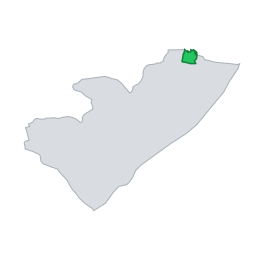 Glaro, River Gee, Liberia (highlighted), rotated 278°
{"feature_id": "62588387B27164468507335", "entity_name": "Glaro", "entity_type": "district", "adm_level": 2, "iso_a3": "LBR", "parent_name": "Liberia", "parent_adm1": "River Gee", "projection": "natural_earth1", "projection_center": [-7.495, 5.389], "detail": "fine", "context": "in_parent", "style": "filled", "palette": "green", "viewbox_px": 256, "rotation_deg": 278, "n_neighbors": 0, "source": "geoboundaries", "source_scale": "gbopen_adm2", "svg_char_len": 3713}
<svg xmlns="http://www.w3.org/2000/svg" viewBox="0 0 256 256"><g transform="rotate(278 128 128)"><path d="M41.4,105.6L43.6,103.4L46.9,96.5L51.5,89.8L55.7,85.8L59.1,81.7L62.7,78.6L67.8,74.9L75.6,65.3L77.5,64.2L78.7,57.6L80.7,49.1L83.0,46.4L88.3,44.9L89.5,43.4L91.4,37.4L92.7,30.5L92.8,29.0L94.9,28.8L98.5,27.3L100.5,28.0L101.4,30.0L101.9,31.7L112.8,27.3L113.7,26.4L114.3,26.6L115.7,30.5L116.4,30.2L117.1,29.1L117.8,29.0L118.7,29.5L119.5,31.4L120.9,33.0L123.2,34.1L124.7,35.7L124.6,39.9L125.1,44.0L126.1,44.9L126.7,47.3L127.0,50.0L127.5,51.4L127.9,54.1L127.7,57.0L128.1,59.0L129.8,62.5L130.9,66.9L130.9,70.0L130.3,73.3L129.1,76.3L127.1,79.6L126.9,80.9L128.1,81.7L130.0,81.9L131.5,81.2L135.3,82.7L137.3,84.9L139.1,87.5L140.7,88.9L141.4,90.6L144.1,90.1L147.3,88.5L148.0,87.7L148.9,88.1L151.0,88.3L152.4,85.4L153.5,82.0L156.0,78.4L157.2,77.0L157.5,74.7L157.7,71.7L158.6,69.1L160.6,67.6L162.8,67.7L164.0,68.2L164.6,70.7L166.3,72.6L167.8,74.0L168.6,74.5L169.9,76.0L171.1,81.1L175.8,97.5L175.5,102.0L174.6,104.9L174.6,107.8L174.2,110.7L171.4,115.4L162.9,124.9L163.6,125.8L165.6,126.9L167.6,127.4L169.3,127.1L171.4,129.5L173.7,132.5L176.1,134.1L179.6,135.5L182.7,135.6L185.3,135.1L188.9,135.7L192.8,138.2L194.2,142.3L195.1,145.9L196.5,147.7L196.7,150.8L199.4,153.5L203.4,154.1L208.5,157.3L209.8,157.1L210.4,156.7L211.0,157.3L212.3,166.5L213.3,171.4L212.7,173.4L212.0,174.9L212.0,182.4L209.7,186.6L209.3,191.3L208.7,192.8L206.2,194.2L206.2,197.8L205.5,202.1L205.3,206.8L205.9,218.9L206.1,227.9L207.2,229.6L202.4,228.8L188.2,221.9L177.3,218.0L140.7,195.5L130.6,186.4L118.9,172.9L92.9,145.8L86.9,141.5L79.5,139.4L74.8,137.0L71.6,134.5L68.9,127.0L62.4,122.5L50.4,116.2L41.4,105.6Z" fill="#d9dde1" stroke="#a8b0b8" stroke-width="1"/><path d="M210.5,186.2L210.4,185.8L210.5,185.5L210.2,185.3L210.0,185.1L210.1,184.7L210.3,184.4L210.5,184.6L210.7,184.8L210.7,184.7L210.8,184.5L210.9,184.4L211.1,184.2L211.3,184.1L211.6,184.1L211.7,183.9L211.9,183.7L212.2,183.6L212.6,183.6L212.6,183.8L212.4,184.1L212.2,184.3L212.1,184.6L212.4,184.7L212.5,184.8L212.2,185.2L212.1,185.5L212.3,185.6L212.6,185.4L212.9,185.0L213.2,184.2L213.4,184.1L213.6,184.0L213.6,183.8L213.6,183.6L213.4,183.2L213.6,182.8L213.8,182.8L213.8,183.0L214.1,182.9L214.2,182.6L214.3,182.4L214.4,182.2L214.6,182.0L214.6,181.8L214.5,181.7L214.2,181.7L213.9,181.4L213.9,181.0L213.9,180.8L214.0,180.0L214.2,179.3L213.8,179.4L213.7,179.6L213.7,180.0L213.4,180.4L213.2,180.3L213.0,180.1L212.7,179.9L212.6,179.7L212.3,179.5L212.1,179.1L212.0,178.6L211.8,178.1L211.6,177.9L211.3,177.5L211.2,177.2L211.3,176.8L211.5,176.6L211.7,176.8L211.7,177.0L211.8,177.1L212.3,177.3L212.4,177.2L212.5,176.9L212.4,176.9L212.5,176.7L212.6,176.3L212.3,175.6L212.3,175.4L212.3,175.0L212.4,174.7L212.5,174.6L212.8,174.6L213.0,174.4L213.1,174.2L213.1,173.9L213.0,173.7L213.2,173.3L213.3,173.2L213.2,173.2L212.7,173.3L212.3,173.4L211.9,173.3L211.8,173.2L211.6,173.1L211.3,173.0L210.7,173.0L210.0,173.0L209.5,173.0L209.0,172.4L208.3,172.4L207.9,172.4L207.6,172.4L207.0,172.4L205.8,172.4L204.3,172.4L204.0,172.3L203.1,172.4L202.9,172.3L201.9,172.2L201.4,172.2L201.2,172.3L201.2,172.6L201.1,172.8L201.0,173.1L201.0,173.5L201.0,173.8L201.0,174.3L201.0,174.6L201.1,175.0L201.1,175.5L201.0,176.0L200.9,176.7L200.8,177.3L200.8,178.1L200.7,178.7L200.6,179.6L200.5,180.2L200.4,180.8L200.6,181.6L200.6,182.0L200.7,182.6L200.8,183.3L200.8,183.7L201.0,184.6L201.1,185.1L201.1,185.4L201.2,185.9L201.3,186.1L201.6,186.0L201.9,185.8L202.2,185.4L202.7,185.1L203.1,184.8L203.5,184.6L203.9,184.6L204.1,184.6L204.3,184.9L204.6,185.1L204.9,185.3L205.0,185.4L205.3,185.6L205.6,185.8L205.9,186.1L206.3,186.2L206.9,186.2L208.1,186.2L209.1,186.2L210.5,186.2Z" fill="#22c55e" stroke="#15803d" stroke-width="1.5"/></g></svg>